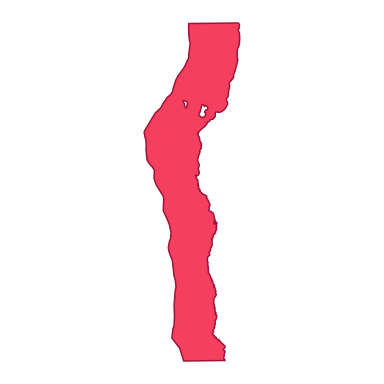 the district of Lago Niassa, Niassa, Mozambique
{"feature_id": "85939544B11916103118899", "entity_name": "Lago Niassa", "entity_type": "district", "adm_level": 2, "iso_a3": "MOZ", "parent_name": "Mozambique", "parent_adm1": "Niassa", "projection": "robinson", "projection_center": [34.718, -12.529], "detail": "fine", "context": "isolated", "style": "filled", "palette": "rose", "viewbox_px": 384, "rotation_deg": 0, "n_neighbors": 0, "source": "geoboundaries", "source_scale": "gbopen_adm2", "svg_char_len": 6037}
<svg xmlns="http://www.w3.org/2000/svg" viewBox="0 0 384 384"><path d="M215.6,292.7L215.4,292.4L215.5,291.9L215.9,291.6L215.8,290.6L215.4,290.1L215.0,288.5L215.0,287.9L214.6,287.2L214.6,286.8L214.2,286.6L213.9,286.7L213.9,285.9L214.3,285.9L214.4,285.4L214.2,284.9L213.5,284.6L213.3,283.9L212.7,282.9L212.4,282.1L212.7,281.7L212.7,281.1L212.0,280.5L212.1,280.2L211.6,279.4L211.5,278.5L211.0,278.7L210.4,277.9L210.5,276.5L210.4,276.1L210.0,275.8L209.7,274.6L209.2,273.6L208.5,273.3L208.4,272.8L208.6,272.0L208.2,271.2L208.1,270.5L208.5,269.9L208.6,269.4L208.2,268.6L208.1,268.1L208.4,267.8L208.2,267.2L208.2,266.6L208.0,266.3L208.0,265.2L207.6,264.4L207.7,263.6L208.1,262.5L207.9,262.1L207.3,261.5L207.1,260.6L207.4,259.8L207.5,259.0L207.3,258.5L207.3,257.8L208.0,256.9L208.1,256.2L209.4,255.5L209.7,254.9L209.7,254.4L209.4,253.4L209.4,251.9L210.4,250.5L210.4,249.4L210.6,249.2L210.7,248.1L211.7,246.4L212.0,245.3L211.9,244.7L212.2,243.7L212.0,240.8L212.2,240.1L211.8,239.5L212.0,238.9L211.8,238.7L212.2,238.6L213.2,236.7L213.2,236.4L213.0,235.7L213.5,234.9L213.6,234.3L214.4,234.2L215.2,233.2L215.6,232.1L215.6,230.8L216.5,229.7L216.4,227.5L216.2,227.0L216.5,227.0L216.7,226.6L216.3,224.9L216.6,224.5L216.6,224.0L217.0,222.9L216.4,222.3L215.7,222.2L215.5,222.6L215.4,223.7L215.2,223.8L214.9,223.7L214.9,223.9L214.3,223.9L214.0,223.0L214.1,222.3L214.4,222.5L214.6,222.3L214.4,221.2L214.6,221.0L215.1,220.9L215.2,220.3L214.9,219.3L214.6,219.0L213.5,213.8L212.8,212.7L208.9,210.5L208.9,209.3L209.2,208.4L208.9,207.2L209.9,205.5L210.0,204.9L209.7,203.9L209.3,203.5L208.6,201.0L207.6,199.6L207.6,199.3L206.7,198.6L206.5,197.7L206.8,197.3L206.9,196.6L206.7,196.2L204.7,194.8L203.1,194.2L201.5,192.6L199.8,191.2L199.6,190.0L199.6,189.8L200.0,189.9L200.0,189.6L198.6,188.2L198.7,186.5L198.3,186.1L197.6,184.8L197.9,183.8L197.9,184.4L198.3,184.7L197.9,182.7L198.0,182.2L197.8,180.3L197.4,179.4L196.4,178.2L196.0,176.7L195.5,175.9L195.5,175.1L196.9,175.7L197.3,175.7L198.0,175.3L198.7,174.4L199.3,172.8L199.3,172.1L198.9,171.2L198.8,170.4L198.2,169.1L198.2,168.5L198.8,167.2L198.8,166.6L199.3,165.2L198.6,163.0L197.9,161.5L197.7,159.8L198.0,157.7L199.9,152.1L199.9,151.6L199.6,151.1L199.8,150.3L200.6,149.5L201.1,148.2L201.3,147.1L201.0,145.9L201.4,145.5L201.5,145.2L201.3,144.7L201.5,143.9L201.0,142.9L200.6,142.4L200.5,141.8L199.6,140.5L199.7,138.6L199.4,138.4L199.1,136.8L198.7,136.6L198.8,136.3L198.1,135.5L198.0,134.9L198.2,134.7L198.2,133.9L197.6,133.5L197.9,133.0L197.9,132.7L199.0,131.9L201.2,129.3L203.0,128.0L203.6,127.2L204.9,126.5L205.9,124.7L206.6,124.4L206.9,124.0L207.3,122.1L209.3,121.5L209.7,120.9L210.0,119.7L212.8,119.2L214.5,117.6L215.2,116.4L215.3,114.6L215.2,112.9L215.8,112.1L216.2,111.9L217.3,112.0L218.2,112.3L219.8,112.3L221.3,111.7L222.9,110.8L224.3,109.6L225.4,108.2L226.1,107.1L227.6,104.1L227.6,103.4L227.4,102.2L226.6,100.4L226.4,99.1L226.9,98.0L227.7,97.2L228.4,95.0L228.3,93.1L228.7,91.4L228.6,90.3L228.8,89.4L229.3,88.6L229.6,86.3L229.6,85.1L229.2,83.3L229.3,82.8L230.1,81.5L231.2,80.7L231.7,80.1L231.7,79.4L232.2,79.3L232.7,78.8L233.4,77.5L233.5,76.8L233.7,76.7L233.4,76.1L233.9,73.9L235.1,71.1L235.5,68.8L235.7,68.2L235.9,68.0L235.9,67.5L236.2,66.2L236.5,66.0L236.9,63.9L237.0,62.7L237.3,62.1L237.8,60.0L237.3,57.8L237.1,55.5L237.3,54.1L237.1,52.2L237.3,51.6L237.3,49.8L237.7,48.7L237.9,47.8L238.5,47.0L239.0,45.9L238.9,45.0L239.3,44.2L239.5,42.6L239.4,42.1L239.6,41.7L239.6,40.0L239.8,39.2L239.5,38.2L239.8,36.8L239.7,36.0L239.5,35.7L239.3,32.6L238.9,31.8L238.4,31.3L238.2,30.6L239.2,28.0L239.1,27.3L239.4,25.9L239.5,24.8L238.5,23.0L188.8,23.5L188.6,27.5L188.9,35.7L189.4,40.3L190.0,42.5L190.1,43.9L188.8,54.3L188.7,57.2L188.2,58.8L184.6,66.6L182.6,69.7L178.2,75.6L175.8,80.1L173.2,88.2L172.8,90.9L172.4,91.8L170.2,95.0L167.9,96.8L166.5,98.2L165.8,99.6L163.0,103.5L161.5,106.7L160.7,108.0L155.2,113.0L144.9,130.3L144.5,131.2L144.2,132.6L145.2,138.1L145.6,138.7L145.9,139.9L146.3,147.7L145.9,148.6L147.0,159.7L148.0,161.8L151.2,166.0L152.2,166.6L152.6,167.5L153.7,168.9L154.2,170.2L154.3,171.6L154.0,178.3L155.6,183.3L157.4,186.8L162.8,195.4L163.4,196.6L163.7,199.3L163.3,208.8L163.4,211.0L167.7,220.3L169.2,224.1L170.9,231.8L171.0,233.2L170.6,238.3L169.4,241.5L168.3,247.6L169.1,252.0L172.3,260.4L174.0,275.5L175.4,280.9L176.0,287.3L175.2,290.6L174.1,304.8L174.5,317.2L174.2,321.0L174.1,325.3L172.9,329.0L171.9,338.0L179.7,348.3L183.7,361.0L224.9,360.5L224.7,359.4L223.8,358.6L223.7,358.3L224.1,355.4L224.7,352.4L225.0,352.2L225.0,351.2L223.7,350.3L223.4,349.5L224.9,347.5L225.1,346.3L223.5,344.8L222.9,344.0L221.4,342.9L220.5,341.6L219.8,341.3L219.6,340.7L219.1,340.7L218.8,340.3L218.8,339.7L218.3,340.0L217.6,339.6L217.5,339.4L217.0,339.1L216.1,338.0L216.2,337.6L216.0,337.3L215.4,337.4L215.0,336.8L214.7,337.0L214.3,335.7L213.7,335.7L213.4,334.9L213.0,334.6L212.8,333.4L212.6,333.2L213.1,332.1L213.1,331.8L213.5,331.6L213.2,330.9L214.0,328.3L214.2,328.1L214.2,327.6L214.7,327.2L214.5,326.5L215.2,324.3L215.1,321.7L215.4,320.5L215.8,320.0L216.0,319.0L216.6,317.9L216.6,317.0L216.5,316.6L216.8,315.5L216.8,315.2L215.6,314.6L215.3,314.2L215.5,313.7L215.9,313.4L216.0,313.0L215.9,312.7L215.1,312.1L215.1,310.3L214.6,309.7L214.8,309.1L214.6,308.8L214.9,308.6L214.6,308.3L214.8,307.1L214.8,306.8L214.3,306.5L214.2,305.0L213.8,304.2L213.9,303.6L213.7,302.4L213.9,301.9L213.6,299.5L214.4,297.8L215.0,297.0L215.4,296.1L215.8,295.8L216.2,294.5L216.1,293.8L215.6,293.1L215.6,292.7ZM207.7,108.4L207.1,109.7L206.9,109.9L205.7,110.1L204.9,111.4L204.7,112.0L204.7,112.4L204.9,112.7L205.5,112.9L205.6,113.3L205.5,115.4L205.4,115.9L203.9,116.8L203.3,117.6L202.4,117.5L200.8,116.8L199.2,115.5L198.9,114.7L199.0,113.8L200.2,111.7L201.8,105.2L202.3,104.5L203.0,104.4L203.5,104.7L204.0,106.2L204.3,106.3L205.1,105.6L205.5,105.6L207.4,106.9L207.8,108.0L207.7,108.4ZM187.3,105.1L186.8,106.2L186.6,107.5L186.3,107.9L185.9,107.9L185.3,107.7L184.7,106.2L184.4,103.6L183.3,102.2L183.1,101.5L183.3,100.7L184.2,100.5L185.1,101.1L186.6,101.5L187.2,102.0L187.4,103.3L187.3,105.1Z" fill="#f43f5e" stroke="#9f1239" stroke-width="1.5"/></svg>